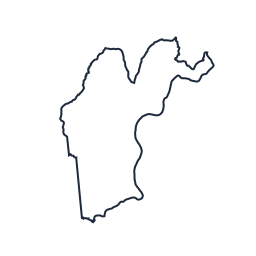 Solita, Caquetá, Colombia, rotated 283°
{"feature_id": "7082276B92515443610451", "entity_name": "Solita", "entity_type": "district", "adm_level": 2, "iso_a3": "COL", "parent_name": "Colombia", "parent_adm1": "Caquetá", "projection": "orthographic", "projection_center": [-75.617, 0.89], "detail": "fine", "context": "isolated", "style": "outline", "palette": "slate", "viewbox_px": 256, "rotation_deg": 283, "n_neighbors": 0, "source": "geoboundaries", "source_scale": "gbopen_adm2", "svg_char_len": 5842}
<svg xmlns="http://www.w3.org/2000/svg" viewBox="0 0 256 256"><g transform="rotate(283 128 128)"><path d="M30.1,103.3L30.5,104.1L29.8,104.4L29.7,104.5L29.6,104.8L30.5,105.0L30.4,105.6L30.4,106.2L30.3,106.6L30.6,107.2L30.6,107.7L30.7,107.9L30.6,108.6L30.9,109.5L30.4,109.4L30.3,109.6L30.1,111.0L29.7,112.2L29.7,113.8L29.6,114.2L29.5,114.4L29.2,114.4L28.7,114.1L28.4,114.9L29.1,115.0L29.3,115.8L30.1,116.2L30.6,116.2L30.9,116.1L30.9,115.9L30.8,115.4L31.0,115.4L33.9,115.4L34.3,115.6L34.9,116.1L35.5,116.8L36.4,119.7L36.5,120.8L36.4,121.5L36.2,122.0L36.1,122.8L36.3,123.7L36.8,124.9L38.4,124.7L41.0,124.7L41.7,124.8L43.3,125.8L44.2,127.0L46.1,130.5L47.6,131.7L49.2,134.0L50.4,135.3L51.4,136.0L53.4,136.8L54.4,137.6L54.8,138.3L54.9,139.4L55.1,140.0L55.4,140.4L56.8,141.2L57.9,142.3L58.8,143.8L58.9,144.1L60.7,147.0L61.1,148.0L61.5,148.6L61.6,149.5L61.6,150.8L61.5,151.3L60.8,152.4L60.5,153.4L60.5,154.0L60.7,154.5L61.0,155.4L61.5,156.1L62.3,157.0L63.0,157.4L63.4,157.6L64.5,157.7L65.4,157.7L65.8,157.5L66.6,157.0L68.4,155.5L69.4,154.1L71.5,151.8L72.6,150.3L74.2,148.6L75.1,147.9L76.7,147.3L77.3,146.9L80.6,145.6L83.7,144.9L87.3,143.8L89.0,143.6L91.2,143.6L92.0,143.6L94.3,144.2L97.0,144.6L99.3,145.3L100.3,145.8L101.7,146.3L106.0,146.7L108.2,146.7L109.0,146.5L109.7,146.2L112.1,144.8L114.2,143.0L114.9,142.3L116.1,140.9L117.5,139.6L117.9,139.1L120.3,137.4L123.5,136.4L125.7,135.9L128.1,135.9L129.3,135.5L130.7,135.4L133.8,135.5L135.7,136.0L138.3,137.0L141.7,139.0L142.6,139.7L143.4,140.6L145.8,144.0L146.3,145.3L146.5,146.5L146.6,151.6L146.7,152.7L147.2,154.5L147.9,155.5L148.7,156.4L149.9,157.1L151.3,157.8L153.9,158.1L156.8,157.9L158.3,157.7L160.1,157.0L161.9,156.6L163.8,156.7L164.8,157.0L165.4,157.3L165.9,158.1L166.4,158.6L166.7,158.8L167.3,159.0L168.7,159.3L170.9,159.7L171.6,159.9L174.0,160.1L182.5,160.0L183.9,160.3L187.8,162.7L189.6,164.0L190.2,164.6L190.4,165.7L190.3,166.3L189.9,166.9L189.4,167.4L188.9,168.3L188.7,168.9L188.7,169.7L189.4,173.1L189.4,176.3L189.1,177.3L188.6,178.0L188.5,180.1L188.6,182.0L188.6,184.3L188.9,185.1L189.4,185.9L189.8,186.3L190.5,186.7L193.1,187.5L195.4,187.9L196.6,188.6L197.4,189.9L198.2,191.7L198.7,192.3L200.6,193.1L202.6,194.1L203.9,195.1L205.0,195.7L206.0,196.6L207.7,197.3L208.2,197.3L208.9,197.0L209.3,196.7L210.3,195.5L212.1,194.2L212.8,193.8L213.4,193.1L214.7,191.1L216.5,189.0L217.7,188.3L218.7,188.1L219.4,188.2L219.4,187.4L219.3,186.8L218.9,186.3L218.5,185.9L217.6,185.7L215.8,185.8L214.7,186.0L214.0,185.8L213.5,185.8L213.2,185.6L212.9,185.7L212.3,185.5L212.0,185.5L211.9,185.7L211.6,185.7L211.4,186.1L211.2,186.0L210.9,186.2L210.4,185.8L210.4,185.4L210.3,185.0L209.0,183.1L208.0,181.9L207.6,181.7L206.9,181.0L206.3,180.7L205.6,180.0L199.3,178.5L199.7,178.4L199.8,178.2L199.8,177.6L199.9,176.9L200.4,176.3L200.6,175.8L200.9,175.3L201.4,174.9L201.6,174.1L202.3,173.0L202.3,172.7L202.1,172.0L202.2,171.4L203.9,170.1L205.3,169.4L205.6,168.8L205.6,166.7L205.3,165.9L204.6,165.0L204.4,164.5L204.5,163.5L204.4,163.1L203.9,162.3L203.8,162.0L204.0,161.5L204.8,160.8L205.0,160.1L205.2,159.0L205.4,158.6L205.8,158.4L206.2,158.3L206.9,158.7L207.4,159.6L208.0,159.8L209.3,159.9L210.5,160.3L210.9,161.3L211.3,161.4L213.3,160.1L214.3,159.7L215.7,160.0L216.9,160.0L217.5,160.1L217.9,159.9L218.2,159.5L218.3,158.3L219.7,158.1L221.7,157.0L222.4,157.0L222.9,156.9L223.8,155.1L225.3,154.9L227.0,154.5L227.6,154.6L224.5,152.7L223.1,151.7L222.5,149.6L222.4,147.6L222.0,144.9L221.6,144.1L221.5,143.8L221.7,142.4L221.8,142.1L222.1,141.7L222.1,141.3L221.6,140.8L221.5,140.1L220.9,139.2L220.4,138.6L219.9,138.2L219.2,137.5L218.7,136.5L218.0,135.8L217.7,135.1L217.2,134.5L216.6,134.1L215.7,134.0L214.9,133.3L214.2,132.4L213.2,131.7L211.1,130.5L209.3,129.8L206.6,129.5L206.2,129.1L205.4,128.7L204.4,128.6L200.7,127.3L199.0,126.0L198.3,125.8L197.4,125.8L196.3,126.1L195.2,126.2L193.2,125.7L192.3,125.7L191.8,125.9L190.8,125.9L189.8,125.7L188.2,125.7L187.2,125.6L185.2,125.9L182.2,124.8L181.5,124.4L180.2,123.9L177.9,124.0L177.2,123.8L175.1,123.8L173.4,123.9L173.5,123.4L173.4,122.9L173.5,121.5L173.9,120.5L174.4,120.1L175.0,119.6L176.2,118.1L177.6,116.9L178.9,116.5L182.8,115.7L183.5,115.1L184.2,114.0L185.1,113.5L187.1,111.9L188.2,111.3L190.7,110.5L191.6,110.1L193.0,108.8L194.1,108.2L195.6,107.9L196.8,107.5L200.8,105.3L201.7,104.4L202.3,103.6L202.9,102.2L202.9,100.6L202.6,99.4L202.0,98.3L202.0,96.3L201.9,95.7L201.2,94.5L201.0,93.4L200.7,88.8L200.6,88.3L200.7,88.0L199.1,87.5L197.8,86.7L197.0,86.8L196.0,86.5L195.5,86.3L194.8,85.5L193.9,83.9L193.3,83.4L192.4,83.2L191.6,82.6L190.3,82.5L188.7,82.6L188.0,82.3L187.6,81.8L187.4,81.1L187.0,80.3L185.6,79.2L184.6,78.5L183.0,77.9L182.2,77.4L181.8,77.7L181.3,77.7L180.8,77.5L180.3,77.1L180.0,77.0L179.5,76.6L179.1,76.6L178.8,76.8L178.3,76.7L178.1,76.7L177.6,76.1L177.1,75.9L176.5,76.3L175.5,76.2L174.7,76.3L173.9,77.2L173.4,77.4L172.8,77.2L172.1,76.0L171.5,75.3L171.0,75.2L170.5,75.3L170.0,75.7L169.4,75.5L169.1,75.2L168.7,74.9L168.4,74.9L167.5,75.4L166.7,75.5L165.4,75.0L164.4,74.3L163.8,74.2L163.1,74.3L161.3,74.7L160.9,74.7L160.3,74.4L159.7,74.4L157.9,75.7L157.3,76.0L156.5,76.1L156.3,76.1L155.5,75.7L154.6,75.5L153.9,75.1L152.4,74.5L151.5,73.7L149.7,73.0L149.3,72.6L149.2,71.7L148.4,71.6L146.8,70.7L145.7,70.6L144.1,69.9L143.4,69.3L143.2,68.7L142.9,68.3L142.2,67.7L140.9,67.2L140.7,66.5L140.3,65.9L138.4,64.0L137.6,62.2L136.8,61.4L136.1,61.0L135.1,60.0L134.4,59.6L133.1,59.0L132.1,58.7L131.1,58.8L129.7,59.3L128.1,59.5L126.6,60.0L125.5,60.1L123.6,60.1L122.4,59.9L121.8,59.8L120.2,61.3L120.0,62.1L119.9,62.9L119.3,64.0L118.3,64.5L115.5,64.4L114.3,64.2L113.5,64.5L112.9,65.2L111.3,65.7L110.1,65.7L108.9,66.1L107.3,67.2L106.0,70.3L105.8,70.6L88.1,76.7L88.3,76.9L88.9,77.1L89.0,77.3L89.1,77.5L89.5,77.8L89.3,78.2L88.6,78.9L88.5,80.0L88.7,81.0L88.1,81.8L87.8,81.9L87.5,82.3L87.4,83.5L87.6,84.3L87.1,84.3L30.1,103.3Z" fill="none" stroke="#1e293b" stroke-width="2"/></g></svg>